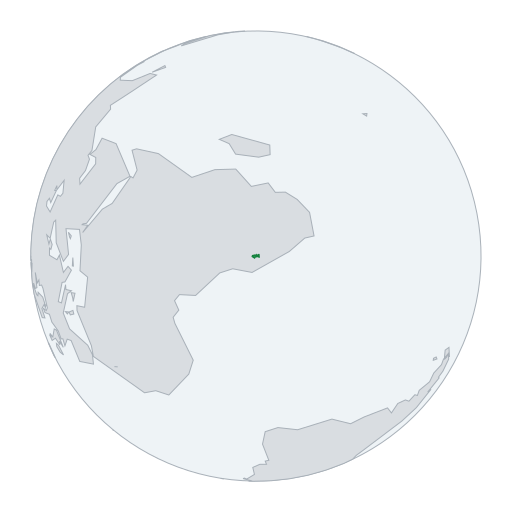 Oshana highlighted on a globe, orthographic projection, rotated 259°
{"feature_id": "NAM-3351", "entity_name": "Oshana", "entity_type": "Region", "adm_level": 1, "iso_a3": "NAM", "parent_name": "Namibia", "parent_adm1": "", "projection": "orthographic", "projection_center": [15.74, -18.505], "detail": "fine", "context": "on_globe", "style": "filled", "palette": "green", "viewbox_px": 512, "rotation_deg": 259, "n_neighbors": 0, "source": "natural_earth", "source_scale": "10m", "svg_char_len": 5065}
<svg xmlns="http://www.w3.org/2000/svg" viewBox="0 0 512 512"><g transform="rotate(259 256 256)"><circle cx="256" cy="256" r="225" fill="#eef3f6" stroke="#a8b0b8"/><path d="M35.6,209.2L36.4,205.7L35.8,209.4L39.8,201.2L38.9,204.6L41.9,212.8L49.1,212.5L50.8,220.1L49.5,226.6L52.9,225.9L53.0,229.6L70.1,226.5L81.8,231.5L83.4,244.8L77.5,263.7L81.4,299.4L73.3,316.8L77.4,331.6L81.8,356.1L76.1,359.0L84.2,367.1L86.2,375.2L84.3,378.4L89.5,385.5L88.3,387.8L93.0,390.6L99.4,402.4L107.2,408.2L114.0,417.4L119.2,420.5L118.7,421.4L120.3,423.8L123.3,426.1L118.1,425.5L107.3,417.5L102.2,412.0L101.4,412.5L89.7,398.6L91.8,402.4L76.5,384.4L66.1,367.6L44.5,323.4L41.2,316.4L38.1,312.1L35.6,302.6L32.5,284.1L30.9,265.3L30.9,246.5L32.5,227.8L35.6,209.2ZM129.5,428.0L119.9,426.6L124.0,426.7L119.9,421.5L127.5,423.7L129.5,428.0ZM120.4,414.0L119.8,410.1L121.7,410.7L122.5,413.6L120.4,414.0ZM272.6,31.3L292.9,33.9L291.3,34.0L282.8,32.8L292.0,34.9L290.6,34.2L295.2,35.0L295.9,34.5L299.2,35.2L294.3,34.0L298.4,34.7L301.4,35.5L304.0,35.9L319.3,39.8L334.4,44.8L349.1,50.8L363.3,57.9L376.9,65.9L390.0,74.9L402.4,84.8L414.1,95.5L425.0,107.1L435.1,119.3L444.3,132.3L452.5,145.8L459.8,159.9L466.0,174.5L471.2,189.5L475.4,204.8L474.1,199.6L476.9,213.7L480.0,232.0L481.1,249.3L480.4,240.3L478.8,224.9L477.3,217.9L475.2,205.1L469.1,183.6L468.1,183.2L465.8,175.8L457.3,157.0L454.5,156.3L451.7,168.0L455.4,186.9L452.6,192.9L439.2,160.5L431.7,141.8L427.9,141.3L413.3,123.3L390.9,115.1L386.9,110.3L382.8,111.0L372.4,104.9L366.0,97.7L360.1,96.9L377.1,116.2L383.3,117.5L387.4,112.4L391.0,119.2L401.0,127.4L393.0,140.1L358.3,147.5L353.6,133.3L320.4,95.8L320.6,92.4L320.4,92.0L319.9,91.3L318.3,96.7L312.1,90.3L331.3,114.1L335.1,124.9L357.9,148.3L356.1,150.2L363.0,155.7L383.5,154.5L384.0,159.2L375.1,179.8L345.4,208.0L348.6,232.1L345.2,252.7L325.2,264.7L325.4,281.9L314.8,287.1L313.1,297.0L303.7,307.2L288.6,316.9L264.6,316.8L264.3,307.3L254.1,289.6L240.6,249.0L247.9,230.7L246.3,217.2L228.8,189.2L232.7,173.5L227.7,167.5L217.6,169.9L211.7,163.0L205.4,163.5L165.7,174.5L152.9,167.5L136.2,143.9L142.9,131.9L143.0,120.5L188.5,77.2L199.4,77.3L236.6,69.9L241.4,70.7L238.4,78.0L267.4,86.7L275.1,80.4L300.1,86.6L315.8,87.8L319.1,74.7L293.3,72.3L287.5,65.9L307.1,62.4L329.4,66.2L327.9,63.9L312.7,57.3L316.7,54.6L307.3,55.0L311.9,57.4L306.2,58.1L301.6,55.9L303.1,54.8L296.1,53.4L290.3,59.9L294.4,63.2L276.6,63.8L281.7,69.5L277.3,72.1L267.0,63.5L267.1,60.6L248.9,53.2L247.1,56.1L264.2,63.6L259.4,63.0L257.1,68.2L255.0,63.8L236.8,55.9L220.0,59.1L200.5,73.8L190.3,76.6L180.9,75.8L186.1,62.9L208.3,58.4L210.4,54.8L204.3,51.3L211.6,50.6L211.8,48.9L220.1,47.6L230.1,43.0L238.2,42.1L240.7,38.1L245.2,37.3L242.5,39.7L244.9,41.3L265.0,40.7L268.4,40.0L268.4,37.7L273.9,38.3L271.3,36.2L282.0,36.2L266.7,34.9L266.3,33.2L271.9,32.5L269.0,32.0L259.8,33.4L258.6,34.3L262.0,35.2L256.3,38.8L249.8,39.6L245.3,35.8L235.5,37.0L236.3,34.4L260.7,30.9L271.0,31.2L272.6,31.3ZM174.4,95.9L173.6,99.1L174.4,95.9ZM354.4,78.4L366.9,82.1L358.9,73.1L363.1,74.0L358.8,70.9L358.3,72.5L347.6,64.7L352.1,64.2L349.4,61.2L345.0,59.9L338.5,62.3L353.8,73.1L351.9,75.4L354.4,78.4ZM40.0,200.8L40.2,202.3L39.3,203.6L40.0,200.8ZM44.1,179.7L44.5,178.9L43.3,181.8L44.1,179.7ZM112.7,82.2L111.8,82.9L112.2,82.6L112.7,82.2ZM205.0,43.2L208.3,43.4L205.9,45.2L195.6,48.2L199.0,45.4L205.0,43.2ZM213.6,43.4L212.0,39.8L218.3,38.3L215.0,39.6L219.4,39.0L215.3,41.1L222.9,44.0L221.2,46.0L203.1,49.4L209.9,46.9L206.3,46.6L213.6,43.4ZM196.7,38.8L196.1,38.8L210.7,35.5L209.6,36.0L199.2,38.5L194.4,39.5L196.7,38.8ZM246.2,67.9L249.8,68.1L255.3,67.6L254.0,71.2L246.2,67.9ZM233.6,62.5L236.7,61.8L237.5,65.9L233.8,66.1L233.6,62.5ZM237.8,58.3L236.8,61.5L235.1,59.8L237.8,58.3ZM245.3,39.3L248.6,38.9L249.2,39.4L247.7,40.3L245.3,39.3ZM315.1,76.4L311.0,78.5L308.4,77.1L310.3,76.6L315.1,76.4ZM281.3,73.8L289.4,75.9L280.9,74.8L281.3,73.8ZM375.2,388.0L374.7,392.1L372.2,391.3L375.2,388.0ZM379.9,255.4L362.3,290.7L352.8,289.2L352.5,277.5L359.9,255.4L371.4,251.1L377.5,242.2L379.9,255.4ZM479.0,288.1L479.7,281.0L480.1,278.3L479.9,281.3L479.0,288.1ZM480.1,277.9L480.4,261.0L476.5,222.7L478.0,226.2L481.2,253.2L481.1,255.8L481.0,267.9L480.1,277.9ZM456.2,189.1L460.3,202.9L458.4,203.3L456.2,189.1ZM435.9,391.6L436.2,391.2L439.9,385.6L443.7,380.4L456.5,358.5L455.7,360.1L461.9,347.4L454.4,362.8L445.7,377.6L435.9,391.6Z" fill="#d9dde1" stroke="#a8b0b8" stroke-width="1"/><path d="M255.7,252.8L255.7,253.0L256.3,252.9L257.0,252.8L257.0,254.1L257.1,254.3L257.1,254.6L257.1,254.8L256.9,255.1L256.8,255.4L256.8,255.6L256.8,255.9L256.8,256.0L256.9,256.3L257.1,256.5L256.9,256.6L256.8,256.8L256.6,257.0L256.4,257.2L256.4,257.3L256.4,257.7L256.4,257.8L256.5,258.1L256.6,258.3L256.8,258.5L256.7,258.6L256.7,258.8L256.7,259.1L256.4,259.1L256.2,259.1L255.9,259.0L255.4,258.9L255.2,258.9L254.4,258.9L254.4,258.7L254.5,258.6L254.8,258.5L254.9,258.4L255.1,258.4L255.4,258.3L255.5,258.2L255.4,258.1L255.2,258.0L255.2,257.9L255.3,257.7L255.2,257.1L255.2,256.9L255.3,256.7L255.2,255.0L255.1,254.8L255.1,254.6L254.8,254.5L254.4,254.2L255.7,252.8Z" fill="#22c55e" stroke="#15803d" stroke-width="1.5"/></g></svg>